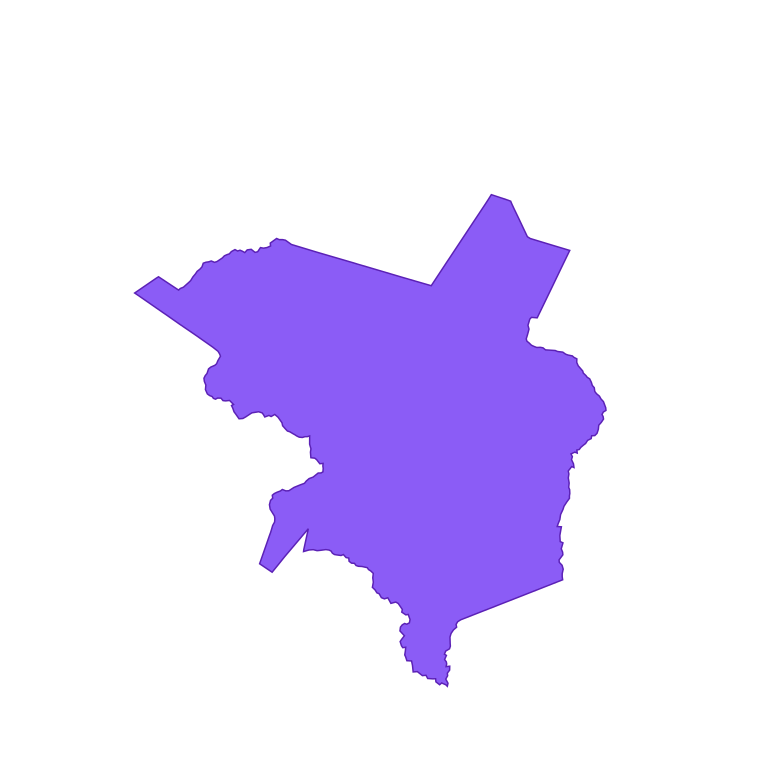 outline of Ouricuri, Pernambuco, Brazil, rotated 34°
{"feature_id": "56859067B94124885213044", "entity_name": "Ouricuri", "entity_type": "district", "adm_level": 2, "iso_a3": "BRA", "parent_name": "Brazil", "parent_adm1": "Pernambuco", "projection": "robinson", "projection_center": [-40.162, -7.951], "detail": "fine", "context": "isolated", "style": "filled", "palette": "violet", "viewbox_px": 768, "rotation_deg": 34, "n_neighbors": 0, "source": "geoboundaries", "source_scale": "gbopen_adm2", "svg_char_len": 4682}
<svg xmlns="http://www.w3.org/2000/svg" viewBox="0 0 768 768"><g transform="rotate(34 384 384)"><path d="M126.4,448.0L130.0,448.0L161.2,448.4L164.4,448.4L180.5,448.7L198.7,448.8L221.3,449.2L228.1,449.7L230.9,451.0L232.9,452.4L233.2,457.4L233.9,460.9L233.3,463.1L230.9,466.9L230.1,469.6L231.4,474.3L231.1,476.9L231.5,479.9L233.6,482.3L236.9,484.5L239.1,488.5L243.1,491.0L245.8,491.1L248.6,490.5L250.6,491.3L252.8,490.8L253.9,488.7L256.8,486.9L259.8,487.8L262.1,486.6L265.2,484.0L267.7,484.5L270.7,485.1L269.6,487.1L272.0,488.5L275.2,490.9L277.8,491.8L283.3,493.9L286.3,491.5L287.8,488.5L289.1,485.3L290.6,481.8L295.6,477.1L299.2,476.1L301.4,476.9L303.6,478.0L306.2,474.4L308.6,474.1L310.5,470.3L314.8,470.8L321.1,473.2L323.3,475.3L327.1,476.3L330.2,477.0L332.6,476.3L336.3,476.1L338.5,475.9L340.6,475.9L343.4,475.5L346.2,474.0L347.9,471.9L349.8,470.6L351.4,468.6L356.0,475.5L359.7,478.6L361.1,481.6L364.6,486.0L368.1,484.2L370.5,484.4L375.4,486.0L377.9,483.9L379.2,486.2L380.8,488.0L382.5,491.0L381.5,493.0L379.2,494.6L377.3,500.8L374.8,504.3L373.8,508.0L373.6,510.8L371.0,514.4L367.2,520.1L364.8,525.7L362.4,527.5L358.7,528.3L358.0,530.5L355.8,533.6L354.3,536.2L353.6,538.7L355.6,540.9L355.0,543.9L356.5,548.1L359.6,551.4L364.5,553.6L367.0,554.7L368.9,556.8L370.5,559.7L370.8,563.5L372.0,567.2L373.0,570.5L373.7,573.4L376.2,582.8L381.4,602.6L396.5,602.6L397.4,592.6L398.2,582.9L402.2,546.3L410.0,565.9L411.0,567.9L414.6,563.6L418.0,560.9L421.7,559.6L423.9,557.8L428.4,553.8L431.3,552.4L433.6,552.1L435.8,553.1L438.2,553.1L440.2,552.2L444.3,550.2L445.7,548.1L449.6,549.1L452.1,548.0L454.2,550.5L457.2,550.7L459.8,549.2L462.3,550.1L464.6,549.5L467.8,547.6L472.9,545.6L474.9,546.5L477.5,546.4L481.0,547.0L483.1,551.0L486.0,554.3L488.1,559.1L491.7,559.7L494.9,561.1L497.3,560.6L501.3,562.6L504.5,561.9L506.7,559.1L512.4,562.0L515.7,558.2L518.5,558.0L520.6,558.8L525.3,560.7L526.3,563.2L531.2,563.2L532.9,561.5L537.3,564.7L538.6,567.8L537.2,570.4L535.0,571.0L533.8,573.5L533.6,576.4L535.3,579.8L541.7,581.3L541.4,585.6L541.4,588.5L544.8,591.2L547.0,592.1L549.2,590.1L551.0,593.4L552.7,597.0L554.5,598.1L557.7,600.6L561.7,598.2L565.0,601.4L569.2,606.4L572.5,603.8L578.9,604.3L581.7,602.0L584.9,603.7L589.3,601.2L591.6,599.5L593.6,601.9L598.3,602.2L599.0,599.6L603.5,598.8L605.5,599.2L604.4,596.3L600.2,594.1L599.9,590.3L598.2,588.3L598.4,584.5L596.3,581.2L593.5,583.6L592.5,581.0L591.0,579.5L588.3,578.5L587.5,574.1L585.2,574.2L584.5,570.9L586.4,566.9L585.6,564.2L583.8,561.9L580.2,556.9L579.1,553.3L579.1,549.0L580.2,545.0L578.2,543.0L578.0,539.9L579.5,536.5L615.6,484.2L641.6,446.4L639.5,444.1L637.8,441.6L636.1,437.3L633.0,434.7L629.0,433.8L627.5,431.9L627.8,425.6L626.1,423.5L623.1,421.5L621.2,415.6L618.2,416.1L614.5,411.3L610.9,403.2L607.3,405.3L606.5,402.5L605.6,398.1L603.4,393.5L602.5,387.8L601.6,384.8L601.5,379.7L601.7,375.1L600.3,373.1L599.3,370.9L597.0,367.8L594.9,366.4L592.9,362.6L589.3,358.8L587.6,355.2L585.4,353.1L585.8,347.5L588.2,347.0L585.7,344.2L581.7,341.8L580.8,338.9L578.1,337.4L580.3,333.8L582.8,333.2L580.8,330.9L582.5,329.1L582.6,326.5L583.5,323.2L584.4,320.6L584.3,316.9L586.3,313.4L585.1,310.8L587.6,308.9L588.2,305.8L587.0,301.6L585.1,298.1L585.6,294.4L585.6,290.3L583.8,288.4L581.8,287.4L581.5,284.6L582.8,281.8L581.1,279.7L575.8,275.9L572.1,275.0L569.4,273.6L565.6,273.2L562.9,272.3L560.4,269.5L557.5,268.7L554.9,266.6L551.6,264.7L548.7,264.8L546.7,264.1L543.1,263.5L541.5,262.1L534.8,260.3L531.7,258.3L529.8,255.3L526.6,255.7L524.4,255.4L520.3,257.1L517.9,257.7L514.4,257.6L509.7,260.0L507.2,260.5L498.8,265.4L495.6,265.1L493.2,266.1L490.2,268.3L487.7,268.9L484.6,269.4L481.1,268.8L478.6,268.6L476.7,267.1L475.7,263.8L474.6,260.5L473.5,257.4L470.5,254.8L469.4,251.2L468.6,248.8L469.0,246.3L474.0,243.5L469.2,210.0L466.0,188.2L464.6,178.4L463.3,169.4L443.7,175.5L423.9,181.6L420.5,181.7L411.7,176.5L403.3,171.5L394.2,166.2L389.2,163.2L386.8,161.6L383.9,162.3L367.1,167.0L367.3,173.1L367.4,178.7L367.5,194.4L367.6,207.8L367.9,242.8L367.9,246.7L368.2,276.1L339.6,285.3L304.1,296.5L295.4,299.3L291.4,300.5L254.8,312.2L232.1,319.2L229.2,320.1L221.9,319.9L219.2,321.0L216.4,322.9L213.6,323.4L211.7,328.6L210.9,330.8L212.8,333.0L210.7,336.3L208.1,338.8L205.3,340.0L205.3,345.0L203.5,347.0L201.0,346.8L198.6,346.6L195.6,349.3L195.1,352.9L192.4,353.1L189.8,353.6L188.3,355.6L185.3,355.9L183.4,359.6L183.0,362.6L181.4,364.7L180.0,367.0L179.5,369.9L178.2,373.1L177.1,375.8L175.5,377.9L172.0,378.6L170.4,380.7L168.3,382.6L166.6,384.9L167.6,388.6L167.2,391.6L166.1,395.1L166.1,398.3L165.7,402.0L165.9,406.4L165.3,409.2L164.6,411.9L163.6,415.9L161.7,418.7L161.2,421.0L137.1,421.2L135.9,423.9L126.4,448.0Z" fill="#8b5cf6" stroke="#5b21b6" stroke-width="1.5"/></g></svg>